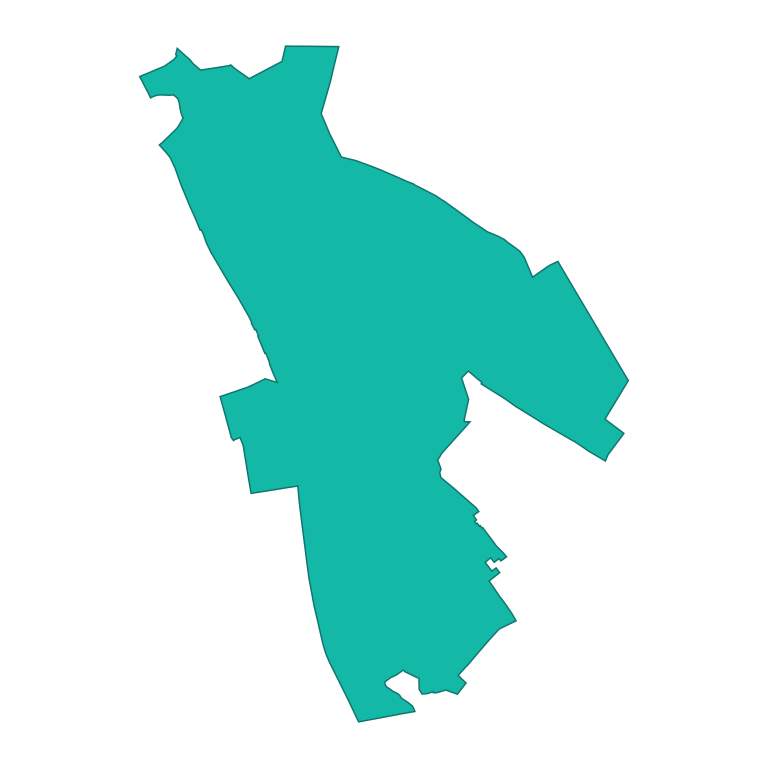 the district of Dobele, Dobele, Latvia
{"feature_id": "27541924B14429265035734", "entity_name": "Dobele", "entity_type": "district", "adm_level": 2, "iso_a3": "LVA", "parent_name": "Latvia", "parent_adm1": "Dobele", "projection": "albers", "projection_center": [23.281, 56.623], "detail": "fine", "context": "isolated", "style": "filled", "palette": "teal", "viewbox_px": 768, "rotation_deg": 0, "n_neighbors": 0, "source": "geoboundaries", "source_scale": "gbopen_adm2", "svg_char_len": 4282}
<svg xmlns="http://www.w3.org/2000/svg" viewBox="0 0 768 768"><path d="M607.8,455.0L623.9,433.4L605.0,419.1L607.5,415.0L608.8,412.8L617.6,398.3L628.3,380.6L592.3,319.7L580.8,300.3L571.1,283.9L568.7,279.8L559.8,264.7L559.6,264.4L557.9,261.4L552.8,263.8L550.8,264.7L547.2,266.9L535.2,275.3L532.6,277.3L524.3,257.4L519.8,251.2L511.4,245.0L507.6,242.3L504.9,239.9L499.3,236.8L490.1,232.9L488.6,232.3L488.1,232.1L487.8,231.9L487.3,231.7L474.3,223.1L461.1,213.4L443.2,200.5L442.0,200.0L436.0,195.9L424.6,190.0L415.2,185.2L413.8,184.2L413.2,183.8L409.1,182.3L406.6,181.3L399.7,178.2L385.8,172.2L379.9,169.6L371.9,166.5L355.9,160.6L341.4,157.1L329.5,133.4L321.2,113.6L330.3,81.9L334.1,65.7L338.8,46.6L310.7,46.3L293.4,46.2L285.6,46.1L282.0,61.4L249.9,78.3L249.5,78.9L236.6,69.8L235.5,69.1L230.7,64.9L230.3,65.4L217.0,67.6L200.6,70.1L193.3,63.9L190.2,60.0L177.2,48.4L175.7,54.5L176.9,55.9L174.0,59.4L171.6,61.1L168.1,63.6L164.6,66.1L143.6,74.9L139.7,76.6L149.3,95.0L150.0,96.6L150.1,96.9L150.5,97.9L154.0,96.2L157.3,95.1L161.8,94.9L165.5,95.1L169.9,95.2L172.9,94.9L175.4,96.3L177.9,98.8L179.3,103.1L180.1,108.8L181.3,113.9L182.8,117.6L183.1,118.0L182.2,119.6L179.2,124.9L176.8,128.5L167.4,137.6L162.1,142.7L159.3,145.0L165.7,152.0L169.1,156.2L170.4,158.0L172.4,162.3L174.2,166.3L174.9,167.6L181.2,185.3L190.3,207.2L194.8,217.1L200.2,230.1L201.4,230.0L203.2,233.8L206.3,242.7L209.4,249.2L211.2,252.9L213.4,256.5L218.9,265.9L227.9,281.2L238.5,298.3L246.2,311.9L248.9,316.6L251.6,322.2L251.4,323.4L251.5,323.5L254.0,328.3L254.8,329.8L255.7,329.4L257.1,332.5L258.4,335.8L257.8,336.1L259.3,339.9L261.2,344.4L261.3,344.8L263.0,348.7L263.3,349.6L264.9,353.3L265.6,353.0L267.1,356.2L269.1,361.5L269.9,365.2L270.6,366.8L273.3,373.5L276.4,380.6L277.2,382.5L265.2,378.8L262.2,380.3L259.6,381.6L256.2,383.2L255.0,383.8L253.7,384.4L251.2,385.6L247.4,387.3L245.4,388.0L240.0,389.8L236.7,391.0L232.3,392.5L230.7,393.0L229.0,393.6L225.8,394.7L222.7,395.7L220.1,396.6L222.6,405.5L223.1,407.4L224.1,411.0L225.5,416.0L226.1,418.4L227.6,423.9L228.3,426.3L229.3,430.0L230.2,433.4L231.4,437.7L233.5,440.6L234.7,439.7L240.0,437.5L241.6,441.4L243.2,445.5L244.6,454.1L247.5,472.0L248.6,478.8L251.1,493.4L280.2,488.8L286.8,487.7L297.8,486.0L299.0,499.1L299.2,501.1L299.9,507.5L300.0,508.3L303.2,533.5L306.0,555.5L306.9,562.8L309.1,578.9L310.0,583.7L311.0,589.0L313.5,602.7L314.1,605.8L315.1,610.1L315.7,612.7L317.6,620.7L322.6,642.7L324.6,649.7L326.1,654.2L329.1,661.4L330.0,663.4L330.3,663.9L347.4,698.2L358.6,721.9L362.2,721.2L401.5,713.8L413.2,711.8L414.1,711.6L414.9,711.5L413.3,707.6L412.9,706.9L412.5,706.2L408.5,702.8L401.6,698.3L399.6,695.2L396.6,693.0L393.2,691.5L389.6,688.9L386.5,686.8L384.8,683.9L385.0,681.9L387.8,679.7L390.9,677.5L396.6,674.8L403.4,670.0L405.1,671.8L419.0,678.5L419.0,683.8L419.2,689.3L422.0,694.0L427.0,693.7L433.0,691.8L433.3,692.7L436.5,692.7L445.8,690.1L446.2,690.2L449.8,691.5L453.8,692.9L457.4,694.2L460.9,689.6L462.0,688.3L465.5,683.7L466.1,683.0L463.2,680.3L458.2,675.4L461.6,671.6L465.7,667.1L466.1,666.5L467.2,665.7L476.4,654.8L482.2,648.0L489.2,639.9L498.0,630.3L499.0,629.1L502.7,627.3L503.8,626.8L508.2,624.6L513.9,621.9L516.1,620.8L511.4,612.8L510.9,612.1L505.1,603.6L502.0,599.5L500.2,597.2L489.1,581.0L499.7,572.6L499.0,571.7L496.1,567.9L491.9,571.1L490.5,569.3L486.0,563.5L485.2,562.4L489.5,558.7L490.6,557.8L494.2,562.3L499.0,558.6L500.9,560.9L506.6,556.8L503.9,553.6L496.2,545.8L493.3,541.8L482.7,527.6L482.0,528.1L481.5,527.5L481.0,526.8L480.5,526.1L480.1,525.5L479.8,525.7L479.3,526.1L478.8,525.4L478.3,524.7L477.8,524.1L477.3,523.4L477.0,523.7L476.7,523.9L476.1,523.4L475.1,522.0L474.6,521.4L475.1,521.0L475.5,520.7L476.0,520.3L476.5,519.9L475.8,518.9L475.0,517.7L474.4,517.0L473.9,516.2L473.3,515.4L477.1,512.8L477.6,512.4L478.0,512.1L478.6,511.7L478.8,511.6L478.2,510.8L477.7,510.0L477.2,509.3L476.3,508.0L454.3,488.7L440.9,477.6L439.7,472.6L441.0,469.0L440.3,467.0L438.3,461.6L437.7,460.1L442.0,453.0L466.8,425.5L470.0,421.8L464.3,421.7L464.3,419.8L464.7,417.5L466.7,408.3L468.6,399.3L462.4,380.5L461.5,378.0L468.4,371.1L472.7,374.7L477.9,379.2L481.9,382.3L481.1,383.8L504.7,398.6L515.3,406.2L537.0,419.6L544.4,424.3L555.5,430.7L568.8,438.4L575.5,442.2L581.0,445.9L588.9,451.3L605.4,461.0L607.8,455.0Z" fill="#14b8a6" stroke="#0f766e" stroke-width="1.5"/></svg>